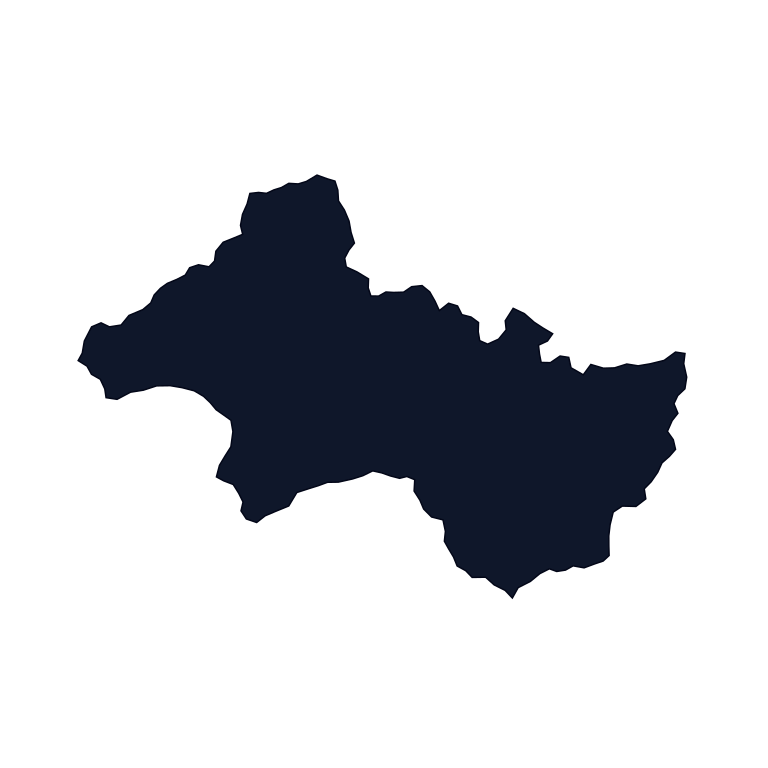 the district of São Geraldo, Minas Gerais, Brazil, rotated 20°
{"feature_id": "56859067B30178745764727", "entity_name": "São Geraldo", "entity_type": "district", "adm_level": 2, "iso_a3": "BRA", "parent_name": "Brazil", "parent_adm1": "Minas Gerais", "projection": "orthographic", "projection_center": [-42.831, -20.909], "detail": "fine", "context": "isolated", "style": "filled", "palette": "ink", "viewbox_px": 768, "rotation_deg": 20, "n_neighbors": 0, "source": "geoboundaries", "source_scale": "gbopen_adm2", "svg_char_len": 2420}
<svg xmlns="http://www.w3.org/2000/svg" viewBox="0 0 768 768"><g transform="rotate(20 384 384)"><path d="M249.6,210.6L241.8,220.2L235.0,225.3L225.9,228.0L220.4,234.5L214.2,239.2L208.4,245.0L200.6,246.9L192.8,250.8L193.8,261.7L193.0,273.0L194.9,284.0L200.0,291.7L191.8,299.2L184.4,305.8L180.6,316.7L182.7,326.4L179.5,333.7L168.9,335.4L161.6,341.2L160.0,349.6L153.5,356.6L146.0,363.5L141.2,370.5L137.6,378.9L137.1,387.6L131.9,396.6L120.9,406.8L116.8,418.5L106.4,424.2L97.2,423.3L89.7,430.3L87.7,446.1L89.9,458.2L88.6,466.6L98.8,468.8L105.8,474.9L115.8,476.6L123.3,484.1L127.5,491.9L138.4,489.7L148.6,478.4L160.0,472.1L171.0,463.5L183.6,458.7L195.5,456.5L208.0,455.3L218.7,457.3L227.0,460.9L235.1,465.6L243.3,467.8L252.6,470.4L258.3,480.4L261.6,495.4L259.3,505.8L257.2,516.7L258.3,528.6L266.4,529.8L276.7,530.0L284.9,536.4L291.9,543.1L293.0,552.1L300.8,557.9L311.7,557.7L317.4,548.5L325.2,541.2L336.2,531.2L339.2,515.8L349.2,508.0L357.2,501.9L364.5,495.7L374.7,491.8L386.9,484.0L395.5,477.4L403.1,469.5L412.2,468.3L421.6,468.2L430.9,467.3L437.1,463.1L445.6,463.4L448.9,474.3L457.5,480.9L464.0,487.9L474.2,492.7L485.9,491.5L492.1,501.5L494.5,511.1L501.0,516.7L508.5,522.8L515.0,530.0L524.7,531.5L533.0,535.6L545.6,530.8L556.2,535.1L568.4,536.5L577.8,541.2L579.7,529.5L589.1,519.4L595.3,508.9L602.6,501.1L610.4,501.1L618.2,496.8L623.9,490.2L634.9,488.3L643.5,481.0L650.5,475.4L654.2,468.2L650.8,459.6L647.2,449.9L644.6,439.0L643.2,426.0L649.7,417.2L662.6,412.9L669.3,402.4L664.4,393.5L668.5,384.5L671.4,373.4L672.2,363.1L677.0,354.2L680.3,345.7L674.9,337.4L666.5,331.6L667.3,319.8L670.2,311.0L663.2,303.3L664.0,294.4L668.4,285.6L666.1,274.0L658.7,262.4L656.4,252.4L647.0,254.3L639.2,266.0L627.2,274.0L616.6,280.0L605.3,282.2L595.1,290.0L584.8,294.1L571.7,294.9L568.1,307.2L554.2,304.8L548.5,295.8L539.9,297.5L533.1,307.0L524.3,310.0L519.9,302.7L515.9,294.7L522.9,287.7L525.3,279.1L514.2,277.0L504.0,274.6L491.9,269.9L479.5,268.7L476.3,283.1L480.3,291.3L476.3,302.7L467.7,311.1L459.1,310.5L454.7,302.7L451.8,293.9L442.9,291.3L433.5,292.2L426.4,285.5L417.1,286.0L410.9,296.1L403.6,288.7L395.5,281.8L386.1,278.5L376.7,283.1L371.0,291.0L361.6,294.7L354.3,296.9L348.9,303.2L341.6,305.8L336.3,299.1L333.5,290.5L320.3,287.9L308.5,286.9L304.0,279.1L305.3,269.9L308.0,261.7L301.2,252.8L295.4,242.8L287.3,234.1L278.6,227.5L274.3,217.6L268.5,210.1L260.3,210.6L249.6,210.6Z" fill="#0f172a" stroke="#020617" stroke-width="1.5"/></g></svg>